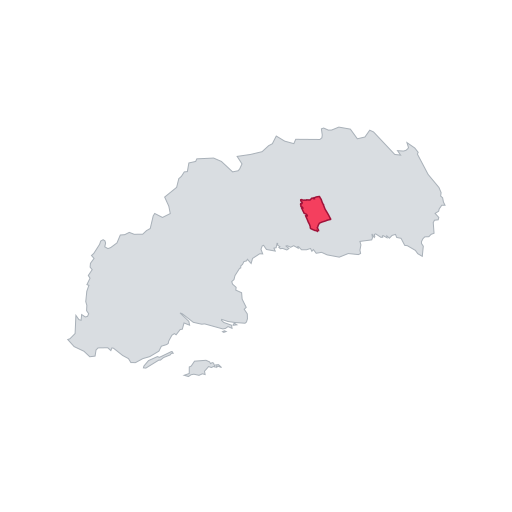 location of Lycksele, Västerbotten, Sweden, rotated 37°
{"feature_id": "70781695B44534775351427", "entity_name": "Lycksele", "entity_type": "district", "adm_level": 2, "iso_a3": "SWE", "parent_name": "Sweden", "parent_adm1": "Västerbotten", "projection": "robinson", "projection_center": [18.314, 64.665], "detail": "fine", "context": "in_parent", "style": "filled", "palette": "rose", "viewbox_px": 512, "rotation_deg": 37, "n_neighbors": 0, "source": "geoboundaries", "source_scale": "gbopen_adm2", "svg_char_len": 5341}
<svg xmlns="http://www.w3.org/2000/svg" viewBox="0 0 512 512"><g transform="rotate(37 256 256)"><path d="M128.1,336.2L129.7,339.7L133.3,339.2L134.9,336.7L137.1,329.2L135.0,320.9L138.3,318.0L140.6,313.4L145.6,312.0L152.4,306.8L153.3,301.5L155.0,297.7L149.8,285.9L149.5,283.0L158.1,281.5L162.0,273.7L156.4,268.7L147.6,263.9L151.3,248.9L147.8,240.7L148.5,237.3L148.1,232.0L150.4,229.9L146.4,222.1L150.9,216.8L150.3,214.0L163.2,203.3L171.5,201.3L186.7,202.9L190.4,198.7L190.6,196.4L189.4,190.9L181.0,187.8L190.6,178.1L198.1,169.0L199.7,160.3L201.5,156.5L200.0,148.0L209.8,147.0L218.6,143.5L217.5,138.9L236.9,124.5L237.5,122.0L236.1,119.5L231.7,115.1L233.0,113.1L238.1,111.9L240.6,109.9L244.6,103.2L255.0,97.9L266.4,101.4L271.4,95.4L271.1,87.1L275.2,86.2L305.7,91.4L310.8,88.4L305.6,86.7L310.7,83.4L312.2,81.3L312.7,78.9L312.5,77.6L308.3,74.6L317.8,74.2L323.1,75.6L323.6,77.5L344.4,87.3L360.9,91.2L365.7,94.0L367.4,97.0L370.0,97.2L373.2,100.1L376.4,101.7L373.8,103.7L374.0,108.2L374.9,110.3L373.4,114.2L378.8,115.2L379.7,117.5L377.0,120.0L377.4,122.6L384.5,130.7L382.8,133.3L382.4,136.6L379.3,139.1L378.9,141.6L379.5,144.9L380.6,146.4L383.7,147.5L389.0,156.2L383.8,156.8L379.9,155.6L370.6,156.7L368.4,158.0L361.2,154.6L357.2,156.5L354.4,154.8L352.3,157.6L351.8,161.5L348.4,161.2L349.7,162.6L345.2,163.2L344.9,163.8L345.9,164.7L344.5,165.9L338.3,166.3L337.5,167.6L339.3,169.1L339.3,170.1L335.3,168.6L338.1,171.4L338.7,173.5L330.2,181.8L333.1,184.0L335.5,188.8L338.0,191.0L337.0,193.2L328.2,198.5L323.2,206.8L312.1,212.3L306.2,213.6L302.4,217.6L298.0,216.3L297.8,218.6L295.0,217.2L292.6,220.6L288.6,223.6L284.2,223.0L283.7,223.5L285.0,224.4L279.9,225.1L278.4,228.2L274.6,229.0L274.0,230.0L277.8,230.2L277.0,232.6L272.7,233.9L271.1,235.5L269.1,235.4L269.5,234.2L266.6,234.3L265.7,232.9L265.2,233.2L267.1,237.3L265.6,238.9L268.4,240.5L260.4,244.5L255.6,242.9L254.9,244.2L255.9,247.6L260.1,250.3L257.6,252.0L254.7,260.0L256.6,264.9L251.1,263.8L251.4,265.6L249.7,267.7L250.3,270.9L249.8,272.9L251.0,274.8L250.3,275.7L251.0,284.3L252.6,288.1L252.0,291.0L254.2,292.6L259.0,293.0L260.4,295.4L266.6,294.0L270.9,298.8L279.1,302.9L278.6,305.6L283.9,307.5L286.9,311.2L288.1,314.4L287.7,316.3L279.5,321.6L273.2,325.1L266.7,327.3L267.0,328.1L270.2,328.5L278.1,326.0L280.4,328.2L276.1,329.2L275.2,332.2L273.4,334.2L255.9,341.1L253.6,343.2L245.8,346.7L231.8,346.5L229.6,347.2L241.7,348.6L244.6,351.2L238.8,352.8L241.2,358.8L239.7,360.3L239.6,367.0L237.5,367.1L236.5,369.9L237.5,376.6L238.5,378.5L238.0,380.4L234.7,385.0L235.7,390.4L231.7,400.3L227.4,406.0L223.9,413.7L220.2,416.4L215.9,414.7L209.4,415.7L197.7,415.4L196.2,416.1L197.0,418.9L192.8,418.5L185.2,424.4L184.8,427.3L187.7,432.8L183.9,436.5L176.0,435.6L165.3,437.8L155.9,436.0L157.2,434.1L158.2,426.8L147.9,411.8L152.9,413.4L155.0,412.6L152.0,407.7L156.4,407.4L157.8,405.6L157.1,402.8L153.6,401.6L150.6,397.2L147.5,394.9L142.1,386.0L140.2,380.0L138.2,380.6L136.8,373.6L133.8,372.5L133.4,365.5L130.2,364.7L128.2,361.5L128.1,355.4L124.3,354.6L124.9,351.6L124.1,340.9L123.0,337.5L124.1,335.0L126.2,334.8L128.1,336.2ZM290.2,369.3L288.5,369.9L287.5,371.9L284.7,372.8L284.2,379.0L286.7,381.3L284.1,382.3L282.3,385.6L277.5,387.8L275.6,389.9L274.6,392.9L270.4,394.5L273.4,390.0L269.5,384.8L270.5,382.9L270.2,377.0L278.8,369.4L282.7,368.5L284.5,369.3L285.2,367.5L286.5,367.1L290.2,369.3ZM235.5,411.8L233.4,413.1L232.7,411.3L233.1,404.2L237.8,395.7L239.9,395.0L245.8,383.5L246.4,382.8L248.4,383.5L247.0,384.6L247.0,386.6L243.3,392.7L242.3,396.7L241.0,397.7L235.5,411.8ZM291.9,366.9L291.6,368.6L289.4,367.2L291.5,365.3L295.6,365.8L291.9,366.9ZM282.1,322.5L279.4,325.1L278.9,324.0L279.4,322.7L282.1,322.5ZM276.2,336.4L274.8,336.6L275.8,334.7L277.6,334.3L276.2,336.4Z" fill="#d9dde1" stroke="#a8b0b8" stroke-width="1"/><path d="M266.7,175.5L266.4,175.7L265.9,176.0L265.7,176.6L265.6,177.6L265.5,178.5L265.4,178.9L264.9,179.1L264.3,179.6L263.7,180.0L262.6,180.7L262.5,181.3L261.9,181.6L261.3,181.9L260.8,182.6L259.9,183.0L259.2,183.4L258.6,183.4L258.5,183.6L258.1,183.9L257.9,184.2L258.2,184.6L258.4,184.9L258.9,185.1L259.4,185.2L260.1,185.2L260.6,185.4L261.0,185.7L261.0,186.0L261.1,186.4L260.6,186.6L260.4,186.7L260.2,187.3L260.4,187.7L260.8,187.7L260.8,188.1L260.9,188.3L261.4,188.5L261.5,188.7L261.9,189.3L262.3,189.4L263.1,189.2L263.7,189.1L264.4,189.4L263.8,189.9L263.6,190.3L264.9,190.9L266.2,191.7L267.0,192.0L267.8,192.4L268.2,192.8L269.2,192.8L270.0,192.6L270.9,192.4L271.7,192.5L272.5,192.7L272.8,193.0L272.7,193.4L271.7,193.6L271.4,194.0L272.2,194.5L273.5,195.2L275.1,196.1L277.4,197.5L279.4,198.4L280.5,199.1L281.6,199.8L282.2,200.6L283.0,201.2L284.7,200.9L286.3,200.5L287.1,200.3L288.0,200.1L288.2,199.9L288.5,199.6L288.8,199.2L289.1,199.4L290.2,199.4L290.2,198.9L290.3,198.2L290.6,198.0L290.3,197.7L289.2,197.1L288.5,196.9L287.9,196.5L287.8,195.5L287.4,194.7L287.1,193.4L286.9,191.6L287.6,190.3L288.5,188.8L289.9,186.9L290.8,185.6L291.1,184.8L291.5,184.5L291.8,183.8L292.5,183.3L292.7,182.6L293.1,182.4L293.3,182.3L293.5,181.7L293.0,181.3L292.1,181.0L290.7,180.3L288.8,179.4L285.9,178.2L283.1,177.1L282.6,176.8L280.8,175.7L279.5,174.9L279.3,174.5L278.9,174.3L278.0,174.1L275.8,172.8L274.1,171.6L272.2,170.9L270.9,170.3L270.2,170.9L269.5,171.6L268.4,172.8L268.0,173.8L267.7,174.1L267.2,174.5L267.3,174.8L268.0,175.2L267.4,175.6L266.7,175.5Z" fill="#f43f5e" stroke="#9f1239" stroke-width="1.5"/></g></svg>